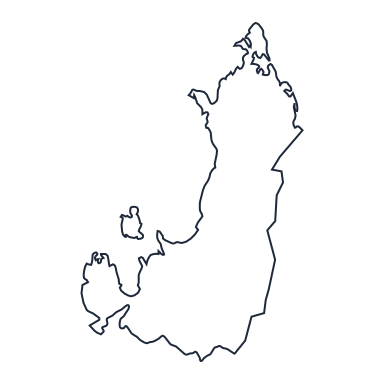 outline of Diana
{"feature_id": "MDG-5872", "entity_name": "Diana", "entity_type": "Autonomous Province", "adm_level": 1, "iso_a3": "MDG", "parent_name": "Madagascar", "parent_adm1": "", "projection": "natural_earth1", "projection_center": [48.721, -13.095], "detail": "fine", "context": "isolated", "style": "outline", "palette": "slate", "viewbox_px": 384, "rotation_deg": 0, "n_neighbors": 0, "source": "natural_earth", "source_scale": "10m", "svg_char_len": 5929}
<svg xmlns="http://www.w3.org/2000/svg" viewBox="0 0 384 384"><path d="M101.0,334.3L97.1,332.7L94.3,330.5L89.7,325.5L99.3,319.8L99.3,318.0L93.2,313.5L88.2,311.2L86.7,309.9L83.5,302.8L81.5,293.2L82.5,285.0L88.0,282.2L86.6,279.9L85.1,279.1L83.9,277.8L83.7,274.1L84.1,271.0L85.1,266.7L86.7,263.6L89.3,264.6L91.2,264.8L92.2,261.1L92.7,254.5L93.8,253.4L95.2,252.5L96.5,252.5L97.4,254.0L96.9,255.0L95.6,256.2L94.9,257.8L95.7,260.1L96.4,259.6L98.4,259.1L97.7,260.8L98.0,262.5L99.0,263.3L100.5,262.5L101.0,261.3L101.0,260.0L101.5,258.8L103.5,258.0L101.1,255.1L101.0,254.0L105.6,254.0L107.6,255.7L108.4,259.5L108.9,263.5L109.5,266.1L113.0,264.3L114.9,265.5L115.9,268.5L116.5,272.1L118.6,278.8L119.1,283.2L119.5,284.0L121.4,284.8L121.1,285.9L119.8,287.7L121.2,290.7L124.5,293.5L128.2,295.5L131.0,296.3L134.6,295.3L138.2,292.6L139.9,289.0L137.8,285.2L138.7,282.9L138.7,275.2L139.5,272.8L141.7,268.1L142.2,266.1L139.5,260.9L138.9,258.3L141.3,257.1L142.8,257.9L146.5,264.1L147.1,261.4L148.2,258.7L149.5,256.5L150.7,255.0L152.3,254.4L154.7,253.9L157.0,253.8L158.5,254.0L158.5,251.1L161.4,254.0L162.9,254.9L164.1,254.5L163.8,253.3L161.6,248.1L160.7,244.0L158.4,240.7L157.6,239.0L157.2,237.1L157.1,235.0L157.6,231.0L159.6,231.5L160.7,232.9L161.6,234.5L162.8,236.0L162.9,238.4L165.2,240.2L171.8,243.2L173.0,243.5L174.3,243.3L175.8,242.5L177.3,242.1L181.8,243.0L186.3,241.6L190.9,238.5L195.0,234.4L198.1,229.9L195.9,227.0L197.7,222.8L202.4,216.3L202.0,214.5L200.2,211.1L199.8,208.8L199.8,204.0L200.1,201.5L203.0,190.0L204.6,185.9L208.1,180.5L209.1,178.2L209.8,175.9L210.1,174.0L210.8,172.4L212.2,170.2L213.9,168.3L215.3,167.6L214.7,163.9L216.7,154.4L217.0,150.4L216.3,148.6L213.8,145.1L212.7,143.4L211.9,141.3L211.4,139.7L210.8,133.1L210.3,131.5L208.4,128.3L207.6,127.7L207.0,128.0L206.3,127.8L205.8,126.3L205.8,124.8L207.1,123.2L207.6,122.2L207.5,121.0L206.8,119.2L206.7,118.2L208.1,114.6L208.4,114.2L207.5,112.4L206.0,112.2L204.3,113.0L202.4,114.2L202.4,109.9L201.3,107.4L197.2,103.2L195.2,97.2L194.2,95.2L193.8,98.1L188.7,95.2L190.2,93.7L192.4,89.7L193.8,89.6L195.4,90.4L196.7,90.9L199.8,91.0L204.1,92.0L206.8,94.7L210.6,103.1L212.0,103.9L213.9,103.3L215.8,101.7L217.0,100.2L217.5,98.0L217.9,90.1L219.6,86.1L219.4,83.3L219.6,82.1L220.7,80.2L222.3,78.8L224.1,78.3L225.7,79.1L226.5,76.5L227.8,75.3L229.4,74.2L230.8,72.0L232.7,74.6L234.3,72.6L235.9,69.0L237.7,66.9L239.8,68.9L241.7,68.1L243.1,65.7L243.8,63.0L243.7,61.9L242.9,59.6L242.9,58.0L243.6,56.3L246.4,53.9L247.7,53.6L248.0,52.8L247.2,50.9L246.2,49.5L245.3,49.2L244.4,49.3L242.9,48.9L242.3,48.2L241.4,46.5L240.4,45.8L239.0,45.5L234.4,45.8L236.0,43.1L241.1,41.2L243.0,38.8L244.9,40.3L249.0,46.9L249.8,45.8L250.7,46.9L250.9,44.0L249.9,40.9L248.1,38.4L245.5,37.8L246.0,36.3L246.8,35.3L248.2,33.8L249.5,33.1L249.8,32.7L249.2,31.4L249.0,30.3L249.4,29.3L253.2,24.5L255.4,23.0L257.6,23.6L258.9,24.7L262.4,29.3L263.2,31.3L263.3,35.6L264.1,37.3L266.6,41.0L266.9,44.6L266.5,48.4L267.0,52.8L269.3,58.2L269.6,60.4L268.8,60.5L264.1,54.4L262.9,54.1L262.0,55.4L261.1,57.1L260.2,58.0L258.5,57.5L257.1,55.9L256.1,53.9L255.8,51.9L254.5,52.6L253.5,53.8L252.8,55.2L252.5,56.9L254.0,57.8L253.6,59.5L251.5,63.9L253.4,63.9L256.0,64.3L258.3,65.2L259.3,66.5L258.9,67.4L257.1,69.2L256.8,70.0L257.4,72.6L258.0,73.1L258.9,72.0L260.2,69.4L261.3,68.8L262.3,69.8L263.6,72.0L263.4,72.8L262.9,73.8L262.8,74.6L264.1,75.0L266.6,75.1L267.8,74.9L268.8,74.1L269.5,71.6L267.7,67.4L268.3,65.5L270.6,64.0L272.0,65.0L275.7,71.6L276.5,77.0L277.7,79.3L279.0,80.9L279.9,82.9L280.0,86.1L280.8,84.2L281.9,83.0L283.3,82.3L285.1,82.1L287.0,82.5L287.8,83.3L288.3,84.4L290.5,86.8L291.2,88.7L291.2,90.3L290.3,91.0L288.5,90.6L287.0,89.8L285.6,89.6L284.3,91.0L287.4,94.0L289.0,96.3L290.4,96.5L292.9,93.1L296.4,102.1L297.1,105.2L297.4,109.1L297.1,111.0L295.9,110.7L294.9,109.1L294.5,107.2L294.6,103.2L293.8,107.1L295.6,115.5L295.0,118.8L294.0,120.3L293.4,121.8L293.3,123.5L293.7,125.2L294.9,127.7L295.7,127.5L296.7,126.5L298.1,126.3L300.0,127.7L302.5,130.3L279.9,156.7L272.0,169.6L281.5,171.4L283.0,182.5L276.7,195.3L275.2,221.1L267.3,230.3L275.1,259.7L268.8,289.1L265.7,300.2L264.1,313.1L251.5,316.7L245.2,340.6L234.7,353.6L234.1,353.5L227.5,349.2L225.9,348.6L222.8,348.0L220.6,346.4L219.7,346.0L218.9,346.0L217.1,346.9L215.6,347.2L214.4,347.9L214.0,348.4L210.7,353.8L210.2,354.3L207.1,355.8L203.9,358.2L202.2,360.4L201.7,360.9L200.8,361.0L200.4,360.6L200.1,359.9L199.8,358.1L199.5,357.3L196.8,352.6L195.9,351.9L195.1,351.7L192.9,353.2L189.9,353.5L187.3,354.5L185.8,354.6L185.2,354.3L184.5,353.9L176.1,346.5L172.1,345.0L170.6,344.3L169.9,343.6L165.2,337.5L163.8,336.2L162.6,335.7L161.4,336.3L158.4,338.9L154.8,340.9L152.8,341.7L149.7,342.2L147.1,343.2L145.9,343.0L144.3,342.5L141.4,340.8L139.8,339.7L137.0,336.9L132.2,333.9L131.4,333.2L128.2,328.3L126.6,326.3L125.9,326.1L125.3,326.2L124.1,327.8L123.4,328.3L122.6,328.4L121.1,328.2L120.4,327.7L119.9,327.0L119.6,325.1L119.6,323.4L120.2,320.0L120.8,318.7L123.9,316.1L125.7,313.1L128.4,309.1L128.9,307.6L129.0,306.7L128.7,305.5L128.1,305.1L127.4,305.1L125.6,306.1L121.5,309.5L116.6,312.0L115.5,312.8L112.6,315.5L107.7,318.0L107.2,318.5L106.8,319.0L106.7,319.8L107.4,322.8L107.3,324.3L107.0,324.9L106.0,325.9L102.6,327.1L102.2,327.6L102.2,328.3L103.6,330.6L103.7,331.4L103.4,331.9L101.0,334.3ZM138.7,231.0L139.7,232.2L141.4,233.5L142.9,235.0L143.0,236.9L142.2,238.0L140.9,238.6L138.3,239.0L137.7,238.7L137.2,238.0L137.0,236.9L136.3,237.1L134.5,238.0L129.9,237.2L128.3,236.4L126.7,234.9L125.8,234.9L125.8,236.9L125.2,236.9L124.2,236.0L122.9,234.3L122.1,231.2L121.5,224.9L122.0,222.0L122.7,219.5L122.6,217.7L120.7,216.9L122.0,214.9L123.9,215.6L125.8,216.6L127.5,215.8L128.4,216.7L129.6,217.3L130.8,217.5L131.8,216.9L132.0,215.7L130.6,213.5L130.2,212.3L130.3,209.3L130.8,207.6L132.2,206.9L134.8,206.8L137.0,207.5L138.0,209.3L137.9,211.8L136.6,214.3L137.7,215.1L138.9,218.1L139.9,221.4L140.0,222.9L141.5,223.9L140.8,226.4L139.4,229.1L138.7,231.0Z" fill="none" stroke="#1e293b" stroke-width="2"/></svg>